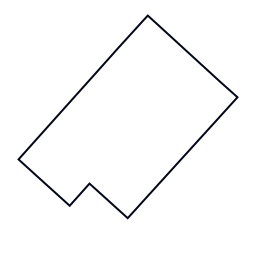 outline of Alcorn, Mississippi, United States of America, rotated 312°
{"feature_id": "52423323B19683486878763", "entity_name": "Alcorn", "entity_type": "district", "adm_level": 2, "iso_a3": "USA", "parent_name": "United States of America", "parent_adm1": "Mississippi", "projection": "robinson", "projection_center": [-88.592, 34.876], "detail": "fine", "context": "isolated", "style": "outline", "palette": "ink", "viewbox_px": 256, "rotation_deg": 312, "n_neighbors": 0, "source": "geoboundaries", "source_scale": "gbopen_adm2", "svg_char_len": 330}
<svg xmlns="http://www.w3.org/2000/svg" viewBox="0 0 256 256"><g transform="rotate(312 128 128)"><path d="M224.8,67.5L217.7,67.4L180.1,67.2L161.4,67.3L46.7,67.6L31.4,67.7L31.3,90.3L31.2,136.7L60.9,136.6L60.8,188.1L75.3,188.2L82.7,188.2L224.1,188.8L224.0,166.6L224.8,67.5Z" fill="none" stroke="#020617" stroke-width="2"/></g></svg>